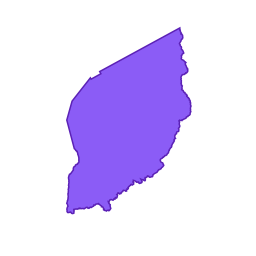 outline of Malargüe, Mendoza, Argentina, rotated 241°
{"feature_id": "61730980B71777653725604", "entity_name": "Malargüe", "entity_type": "district", "adm_level": 2, "iso_a3": "ARG", "parent_name": "Argentina", "parent_adm1": "Mendoza", "projection": "robinson", "projection_center": [-70.089, -36.132], "detail": "fine", "context": "isolated", "style": "filled", "palette": "violet", "viewbox_px": 256, "rotation_deg": 241, "n_neighbors": 0, "source": "geoboundaries", "source_scale": "gbopen_adm2", "svg_char_len": 5630}
<svg xmlns="http://www.w3.org/2000/svg" viewBox="0 0 256 256"><g transform="rotate(241 128 128)"><path d="M190.1,119.4L178.6,92.1L164.6,78.3L135.9,71.0L134.8,71.5L133.6,71.4L133.3,71.8L132.5,71.8L132.2,72.2L131.1,71.8L130.4,71.9L129.7,71.4L127.7,71.1L125.9,70.6L124.3,69.8L123.7,69.3L123.0,69.2L121.6,68.1L121.5,67.0L120.9,66.4L120.8,66.0L121.1,65.6L121.0,65.3L121.2,65.0L121.0,64.0L120.5,63.7L120.3,63.1L120.2,62.6L120.3,62.3L120.1,61.6L119.3,60.6L118.7,60.4L118.3,60.0L117.8,59.9L115.9,55.8L116.0,55.4L115.6,54.6L115.8,54.3L114.7,53.0L114.1,52.6L113.8,52.1L112.2,51.3L111.0,51.1L110.2,50.4L109.6,50.3L108.9,49.9L106.6,48.1L106.1,48.1L105.0,47.5L104.8,47.2L104.5,47.2L103.4,46.0L101.8,45.4L100.9,44.6L100.2,44.4L99.6,43.6L99.3,43.7L98.7,43.1L97.3,42.7L96.4,41.9L95.8,41.8L95.0,40.9L94.5,40.7L93.8,40.0L93.7,39.6L93.1,39.3L91.8,37.9L90.6,38.0L88.6,37.5L88.1,36.5L86.7,35.2L85.3,34.7L84.6,34.2L83.4,34.2L82.8,35.1L82.6,36.1L82.4,36.3L82.5,36.8L81.8,37.3L81.3,37.2L80.6,37.4L79.9,38.2L79.8,39.4L80.3,39.6L80.7,40.0L81.3,40.2L81.5,40.6L82.9,40.9L83.1,41.3L82.6,41.9L82.7,42.3L82.3,43.5L82.0,43.7L81.4,44.8L81.6,45.2L81.3,45.8L81.6,46.1L81.6,46.4L81.2,46.4L80.8,46.8L80.9,47.4L80.2,47.8L79.3,49.9L78.6,50.3L78.7,52.6L78.8,52.9L78.7,53.0L78.5,53.8L77.3,54.1L77.3,54.5L76.8,54.8L76.7,55.5L77.0,56.0L77.0,56.7L76.4,57.1L76.2,57.7L76.5,58.7L76.3,60.0L77.2,60.8L76.5,61.7L77.0,63.2L76.4,64.2L76.5,64.4L76.2,65.2L76.3,65.5L76.0,65.7L75.5,65.5L74.7,66.1L73.6,66.4L72.7,67.0L72.2,67.1L71.9,66.7L71.0,67.7L69.0,67.5L68.5,67.8L68.1,67.6L68.1,67.1L67.5,67.4L66.7,68.1L66.4,68.7L65.8,69.0L66.0,69.7L65.9,70.2L65.6,70.7L65.5,71.2L65.1,71.2L65.2,71.6L64.9,71.8L65.9,73.9L68.8,74.6L69.2,75.2L69.5,75.3L71.2,74.7L71.6,75.2L72.4,74.9L73.2,75.1L72.9,75.4L73.0,76.0L73.9,77.4L73.6,78.1L73.7,78.5L72.1,79.9L72.4,81.0L72.8,81.3L72.6,81.7L72.3,81.8L72.1,82.1L73.1,82.8L73.2,83.4L72.4,83.7L72.4,84.5L74.2,86.2L74.9,86.2L75.2,86.0L75.7,87.5L76.6,88.2L75.6,87.9L75.2,88.1L75.1,88.6L74.4,88.6L74.2,88.8L74.6,89.9L74.3,90.1L74.5,90.3L74.4,90.7L74.8,91.0L75.1,92.3L75.0,92.6L75.4,92.9L75.8,93.7L75.3,94.1L74.8,95.2L73.9,95.3L73.6,96.1L74.4,96.3L74.5,97.1L75.1,97.5L74.6,98.1L75.0,99.0L75.7,99.1L75.6,99.3L75.9,99.7L76.3,99.9L76.4,101.0L76.7,101.3L76.6,102.3L77.0,102.7L77.2,103.1L77.2,103.5L76.5,103.7L76.3,104.1L76.0,104.3L76.2,104.9L76.1,105.6L76.8,105.9L77.2,106.5L77.8,106.5L78.4,106.1L79.1,107.1L79.7,107.3L79.4,107.7L78.9,107.8L78.3,108.5L77.6,108.8L77.2,109.2L76.6,109.1L76.1,109.6L76.0,110.7L75.5,111.0L74.6,110.8L73.8,111.4L73.9,112.0L73.7,112.2L73.7,112.7L73.5,113.2L73.7,113.8L74.3,114.1L74.4,114.4L76.9,114.5L76.2,115.0L76.1,115.3L75.7,115.5L75.4,116.3L74.7,116.4L74.0,116.8L74.1,117.1L73.7,117.5L74.0,117.9L74.9,118.4L75.5,118.3L76.1,118.7L76.3,119.0L76.0,119.2L75.9,119.6L76.0,121.0L76.6,121.6L76.6,122.0L76.4,122.2L75.7,122.5L75.6,122.8L74.8,122.8L74.4,123.1L74.0,124.2L74.0,125.1L73.6,125.6L73.6,125.8L74.1,126.2L74.1,126.6L75.0,127.1L75.3,129.2L75.2,131.9L75.8,132.8L76.0,133.4L76.0,133.6L76.4,133.9L76.6,134.5L76.4,134.8L76.6,135.1L76.3,135.9L76.5,136.8L76.4,137.3L76.7,137.5L77.1,138.5L77.1,139.2L77.9,141.1L78.1,141.2L79.0,141.3L79.5,141.1L80.2,141.5L81.0,141.2L81.8,140.5L82.5,140.3L83.2,140.3L83.8,140.6L84.2,140.5L84.6,140.8L85.0,141.4L85.0,143.3L85.4,143.9L85.5,144.3L85.2,144.7L85.5,145.2L85.5,146.0L86.0,146.9L85.6,147.7L85.7,148.9L86.4,149.9L86.7,151.3L88.1,152.5L88.4,153.3L89.1,153.7L89.5,154.9L89.9,155.3L90.1,156.6L90.4,156.7L91.0,157.6L91.6,157.6L92.0,158.5L92.7,159.3L92.8,159.9L93.3,160.3L93.5,161.1L93.8,161.3L94.2,162.2L95.0,162.3L95.4,162.6L95.3,163.0L95.9,163.4L95.9,164.5L97.3,164.4L98.6,165.3L98.9,165.8L99.4,166.3L99.5,167.7L100.6,168.3L100.8,168.8L100.9,169.1L100.5,170.4L100.7,170.9L102.5,172.0L103.0,171.9L103.3,172.1L103.8,173.5L104.6,174.3L106.3,174.6L107.4,175.2L108.1,175.9L109.5,176.0L109.9,176.9L108.8,177.9L108.8,178.5L108.4,178.9L108.9,179.4L108.6,179.9L108.7,181.3L108.5,182.0L108.6,183.8L109.3,184.4L109.0,185.9L109.6,186.6L109.4,186.8L109.5,187.6L109.4,188.0L109.8,188.9L111.3,189.9L111.4,190.3L112.1,191.0L112.8,190.9L113.6,191.6L114.4,191.8L116.5,193.3L116.6,193.7L117.2,193.7L117.5,194.0L118.0,193.9L118.8,194.2L119.4,194.9L120.2,195.0L120.5,194.8L121.3,195.5L122.4,195.6L122.8,195.2L123.7,195.7L124.2,195.7L124.7,195.4L125.3,195.6L125.8,195.3L125.8,195.1L126.7,195.0L127.2,194.7L127.6,194.8L127.7,195.4L128.4,195.3L128.6,195.5L129.0,195.5L130.1,194.7L130.8,194.7L131.4,195.0L132.3,194.2L134.1,194.4L134.2,194.1L134.9,193.7L135.3,193.9L135.8,193.7L136.2,194.4L137.4,194.9L138.5,195.9L139.2,195.5L139.5,195.7L139.8,195.6L140.2,195.9L141.1,195.9L141.5,196.1L141.5,196.5L142.9,197.1L143.2,197.5L144.1,197.8L144.8,197.7L145.5,198.6L146.7,198.8L148.2,200.9L148.0,201.4L148.2,201.8L147.6,203.1L147.9,204.0L147.6,204.7L147.7,205.0L148.2,205.3L147.8,206.0L148.3,207.3L148.8,207.5L148.9,208.0L149.4,208.1L150.1,208.6L150.7,208.4L151.2,209.0L151.6,208.9L151.9,208.6L152.4,208.6L154.1,209.0L154.9,208.8L155.1,209.0L155.9,209.0L156.4,209.2L157.0,209.9L157.4,210.0L157.3,210.3L158.0,210.2L158.4,209.7L160.1,209.5L161.9,208.2L162.8,208.1L163.8,209.1L165.4,209.7L165.6,210.6L166.3,211.1L166.5,212.2L166.3,212.6L166.5,213.1L168.5,213.4L169.9,213.4L170.6,212.9L171.1,212.9L172.5,213.8L173.2,214.0L174.5,213.6L175.2,213.7L175.8,214.1L176.5,213.8L176.8,213.8L177.4,214.5L178.1,216.1L179.4,217.5L179.7,218.5L179.6,218.8L180.4,219.7L182.7,220.7L184.2,220.4L184.4,219.9L184.8,219.9L185.0,220.1L185.0,220.6L186.1,220.6L186.6,220.5L187.7,220.9L188.2,220.7L188.5,221.1L189.0,221.0L189.3,221.4L189.6,221.4L190.4,221.8L191.1,130.6L188.6,130.6L188.6,119.4L190.1,119.4Z" fill="#8b5cf6" stroke="#5b21b6" stroke-width="1.5"/></g></svg>